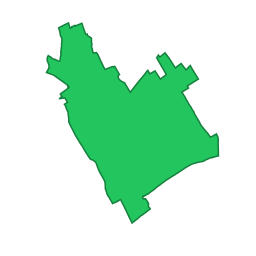 the district of Mileanca, Botosani, Romania, rotated 13°
{"feature_id": "2599482B95584741287260", "entity_name": "Mileanca", "entity_type": "district", "adm_level": 2, "iso_a3": "ROU", "parent_name": "Romania", "parent_adm1": "Botosani", "projection": "orthographic", "projection_center": [26.724, 48.084], "detail": "fine", "context": "isolated", "style": "filled", "palette": "green", "viewbox_px": 256, "rotation_deg": 13, "n_neighbors": 0, "source": "geoboundaries", "source_scale": "gbopen_adm2", "svg_char_len": 5516}
<svg xmlns="http://www.w3.org/2000/svg" viewBox="0 0 256 256"><g transform="rotate(13 128 128)"><path d="M167.9,201.8L167.5,201.3L167.0,201.0L166.6,200.7L165.9,200.4L165.7,200.2L165.4,199.5L165.3,198.6L165.3,197.7L165.1,197.4L164.7,197.1L164.7,196.9L164.6,196.6L164.6,196.4L164.1,196.1L163.9,195.8L163.5,195.4L162.9,194.8L162.6,194.6L161.6,193.5L161.4,193.4L161.0,193.0L160.9,193.0L160.6,193.1L160.4,193.1L160.1,193.2L159.9,193.4L159.8,193.5L159.4,193.5L159.0,193.5L158.9,193.5L158.5,193.3L158.2,192.9L157.9,192.4L157.9,192.1L157.8,191.9L157.8,191.7L158.0,191.3L158.1,191.2L158.2,190.9L158.2,190.7L158.6,190.6L158.8,190.5L159.0,190.8L159.9,189.9L161.4,188.6L161.6,188.4L161.8,188.2L162.5,187.7L162.9,187.2L163.4,186.5L163.7,186.1L166.5,182.9L168.0,181.1L169.2,179.3L170.4,177.9L171.5,176.8L172.6,175.4L176.3,171.0L181.8,165.3L183.8,163.4L186.5,160.6L193.8,152.9L197.6,149.5L198.1,149.0L199.3,148.2L201.3,147.1L205.4,145.0L207.9,144.0L209.0,143.4L210.6,141.9L212.6,140.4L215.8,138.0L216.3,137.8L216.5,138.1L216.9,137.8L219.5,136.3L222.4,134.8L222.2,134.5L222.1,134.1L222.0,133.5L221.5,131.2L220.7,128.1L220.4,127.0L219.5,123.4L219.4,123.0L219.0,121.2L218.5,119.2L218.3,118.5L218.3,118.2L217.9,117.2L217.7,116.9L217.5,116.5L217.2,116.0L217.0,115.8L216.0,114.6L215.7,114.2L215.6,113.9L213.9,115.2L214.1,115.4L210.3,118.4L207.2,115.5L206.8,115.2L203.3,112.7L202.9,112.4L199.1,109.4L198.1,108.4L197.8,108.1L197.7,107.9L197.3,107.4L196.5,106.6L196.4,106.3L195.7,105.5L195.0,104.9L194.6,104.6L194.6,104.4L193.3,103.1L191.7,101.4L190.1,99.8L189.5,99.0L189.2,98.6L188.7,97.7L188.3,97.2L187.7,96.7L187.4,96.5L187.0,96.1L186.0,95.0L185.7,94.6L185.2,94.0L184.2,93.2L183.6,92.6L182.6,91.6L182.2,91.3L179.7,88.6L178.7,87.5L177.2,85.8L176.8,85.3L176.0,84.5L175.3,83.8L173.9,82.4L172.7,81.3L172.4,81.0L178.0,75.4L176.3,73.8L185.6,64.5L177.9,56.7L174.6,53.1L173.5,54.8L172.6,56.5L171.5,58.3L165.2,53.2L160.6,58.8L152.7,51.1L149.6,48.4L147.2,46.4L143.0,51.7L141.2,50.1L140.3,52.7L140.1,53.2L140.3,53.4L140.5,53.5L141.2,54.3L146.3,59.8L149.4,63.0L153.3,67.4L148.5,73.1L141.5,66.3L137.1,70.3L134.3,67.3L134.2,67.4L133.9,67.9L133.0,69.9L132.3,71.6L130.5,75.3L128.4,79.2L125.0,86.5L122.1,92.7L114.5,84.7L113.4,84.5L111.2,83.9L110.0,83.5L108.9,82.8L107.7,81.9L107.1,80.9L106.7,79.5L106.8,78.9L107.4,78.2L107.7,77.9L101.2,70.9L100.6,71.3L99.9,71.8L99.5,71.7L99.3,71.6L99.1,71.7L97.9,72.4L97.1,72.9L95.9,73.7L95.5,74.1L94.6,74.7L92.9,75.8L92.5,76.1L92.4,76.1L90.1,73.5L89.6,72.8L89.1,72.2L85.6,67.8L82.5,63.7L81.5,62.6L81.3,62.4L80.4,61.8L80.2,61.6L77.4,62.8L77.2,62.7L76.0,60.5L75.2,58.5L74.5,57.6L74.3,57.2L73.9,55.6L74.1,55.3L74.1,55.0L74.0,54.6L73.9,54.2L73.7,53.7L73.2,52.5L72.9,52.0L72.7,51.5L72.7,51.3L72.8,50.9L72.7,50.5L72.4,49.5L72.0,48.6L71.9,48.5L71.7,48.4L69.1,47.6L68.4,47.3L67.6,46.7L67.4,46.4L67.2,45.7L65.8,46.3L62.0,40.5L59.5,36.3L53.7,40.5L53.5,40.3L53.4,40.1L53.0,40.4L52.9,40.2L51.3,41.4L50.4,42.0L50.8,42.6L49.2,43.8L47.8,41.6L46.4,39.0L43.2,41.5L37.9,46.0L38.0,46.2L38.2,46.4L38.5,47.1L38.7,47.3L38.9,47.6L39.0,48.0L39.6,49.0L39.8,49.4L40.0,49.6L40.1,50.1L40.5,50.9L40.7,51.5L40.9,52.2L41.3,52.8L41.8,53.7L42.1,54.0L42.5,54.3L42.9,54.9L43.1,55.2L43.7,56.2L43.7,56.5L43.8,57.3L44.0,58.2L44.1,58.7L44.2,58.8L44.4,58.8L44.4,59.0L44.3,59.3L44.3,59.6L44.4,59.8L44.2,60.8L44.4,61.3L44.7,62.1L44.8,62.5L44.8,63.1L44.9,63.8L45.2,66.5L45.3,67.4L45.5,69.6L45.9,69.8L46.0,69.9L45.9,70.2L45.9,70.3L45.9,70.5L45.9,70.8L46.0,71.3L46.0,71.7L46.1,72.0L46.2,72.3L46.2,72.5L46.2,73.1L46.2,74.4L46.5,76.2L46.5,77.0L46.5,77.7L46.2,78.1L45.7,78.4L45.0,78.4L43.5,78.0L42.9,77.9L41.9,77.7L40.9,77.5L40.1,77.5L39.2,77.5L38.2,77.2L36.7,76.2L36.0,76.1L34.7,75.6L34.2,75.5L34.0,75.4L33.9,76.0L33.6,76.6L33.6,77.1L33.6,78.0L33.8,79.2L33.9,80.0L34.2,80.7L34.7,81.4L35.0,81.7L36.2,83.6L37.1,85.2L37.3,85.6L37.3,86.8L37.3,87.7L37.1,88.6L36.6,90.3L36.1,92.3L36.9,92.4L43.4,93.1L60.2,100.1L59.7,100.7L60.1,101.0L60.2,101.3L60.4,101.1L61.4,101.9L60.9,102.5L54.4,110.1L56.6,112.1L55.6,113.2L55.3,113.7L55.0,114.2L54.8,114.6L54.8,114.8L59.7,112.9L63.2,116.6L60.7,119.2L61.7,120.1L62.1,120.6L63.0,122.0L63.3,122.6L63.6,123.1L64.0,123.4L65.1,125.0L65.5,125.5L65.8,125.9L66.0,126.1L66.2,126.6L66.5,127.7L66.9,128.7L67.0,129.1L67.2,129.7L67.3,130.2L67.6,130.7L68.0,131.6L68.2,132.1L68.6,133.6L68.7,134.8L68.8,135.2L69.0,135.5L69.3,135.8L71.1,138.3L72.2,139.4L72.4,139.9L72.9,140.4L73.3,140.9L73.8,141.4L74.5,142.2L75.2,143.1L75.9,143.9L77.0,145.3L78.9,147.5L81.0,149.6L81.7,150.3L82.8,151.5L84.5,153.3L85.6,154.3L86.6,155.2L87.3,155.8L89.8,158.5L91.1,159.9L91.5,160.3L92.3,161.1L93.3,162.1L94.0,162.7L95.3,164.1L96.1,164.8L97.0,165.7L98.2,166.7L98.5,166.8L98.8,166.9L99.4,167.1L100.9,167.1L101.1,167.2L102.1,167.7L103.8,168.4L104.2,168.7L104.5,168.9L104.8,169.4L105.5,170.4L105.8,170.9L106.2,171.5L106.4,171.8L106.6,172.2L107.4,173.3L108.6,175.2L109.0,175.8L110.5,177.5L111.9,179.1L112.4,179.6L113.0,180.3L115.2,182.7L116.6,184.3L117.7,185.9L117.8,186.1L118.2,187.3L119.0,189.9L119.2,190.8L119.3,191.3L119.4,191.7L119.5,192.0L119.7,192.5L120.1,193.1L121.4,195.1L121.9,196.1L123.0,197.8L123.2,198.1L123.5,198.4L123.7,198.6L124.0,198.7L124.3,199.0L125.2,200.0L125.9,200.7L127.5,202.4L127.9,202.9L128.6,203.6L129.8,204.9L129.9,205.1L134.3,201.9L134.1,201.7L136.9,199.4L139.3,202.4L142.2,205.7L142.7,206.5L144.6,208.7L146.4,211.1L149.1,214.5L151.0,216.9L153.3,219.7L158.0,213.9L159.7,211.5L160.3,210.5L160.5,210.3L161.2,209.9L161.9,209.0L163.1,207.7L163.7,206.8L164.8,205.7L165.3,205.0L167.9,201.8Z" fill="#22c55e" stroke="#15803d" stroke-width="1.5"/></g></svg>